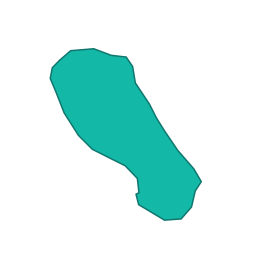 outline of Lysekil, Västra Götaland, Sweden, rotated 123°
{"feature_id": "70781695B61994796728943", "entity_name": "Lysekil", "entity_type": "district", "adm_level": 2, "iso_a3": "SWE", "parent_name": "Sweden", "parent_adm1": "Västra Götaland", "projection": "orthographic", "projection_center": [11.489, 58.387], "detail": "fine", "context": "isolated", "style": "filled", "palette": "teal", "viewbox_px": 256, "rotation_deg": 123, "n_neighbors": 0, "source": "geoboundaries", "source_scale": "gbopen_adm2", "svg_char_len": 511}
<svg xmlns="http://www.w3.org/2000/svg" viewBox="0 0 256 256"><g transform="rotate(123 128 128)"><path d="M69.5,168.2L76.2,181.7L80.2,199.9L94.4,218.2L108.6,222.3L118.7,224.3L128.8,220.2L137.0,208.1L150.1,189.8L161.2,165.5L165.3,146.3L163.2,127.1L161.2,109.9L165.2,92.7L176.3,83.6L179.2,85.2L186.5,77.3L185.4,47.2L175.3,33.9L159.7,31.7L144.2,37.3L133.1,37.3L126.4,50.6L119.7,74.0L110.8,95.2L104.1,109.6L96.3,123.0L86.2,146.4L73.9,157.6L69.5,168.2Z" fill="#14b8a6" stroke="#0f766e" stroke-width="1.5"/></g></svg>